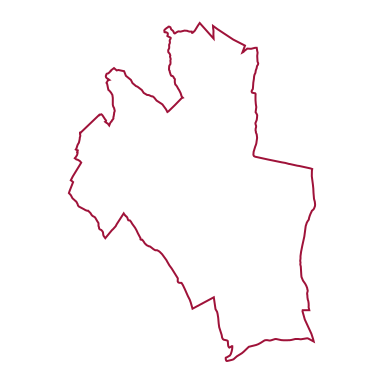 San José Teacalco, Tlaxcala, Mexico (Equal Earth projection)
{"feature_id": "50627088B31209482896746", "entity_name": "San José Teacalco", "entity_type": "district", "adm_level": 2, "iso_a3": "MEX", "parent_name": "Mexico", "parent_adm1": "Tlaxcala", "projection": "equal_earth", "projection_center": [-98.053, 19.323], "detail": "fine", "context": "isolated", "style": "outline", "palette": "rose", "viewbox_px": 384, "rotation_deg": 0, "n_neighbors": 0, "source": "geoboundaries", "source_scale": "gbopen_adm2", "svg_char_len": 5872}
<svg xmlns="http://www.w3.org/2000/svg" viewBox="0 0 384 384"><path d="M68.9,193.1L70.8,195.1L72.5,198.3L76.4,201.8L77.6,204.1L78.0,205.5L78.8,206.5L83.9,209.2L85.6,210.2L87.4,210.8L88.1,210.7L90.5,213.1L91.5,214.8L92.5,215.9L94.7,217.1L95.3,217.8L97.5,221.6L98.3,222.7L98.5,223.6L98.5,225.8L98.7,226.6L99.0,227.2L99.1,228.4L99.5,229.1L100.3,229.6L101.3,230.0L102.6,231.5L103.0,232.5L103.3,235.0L103.7,236.0L105.3,238.2L111.9,230.2L113.1,229.1L115.7,226.2L116.6,224.4L123.7,213.4L124.1,214.1L124.5,214.5L125.0,215.3L125.6,215.7L125.8,216.2L126.7,216.7L127.5,218.1L127.9,219.6L128.4,220.3L129.8,220.4L130.9,221.6L132.2,223.8L135.1,227.8L136.5,230.3L137.9,233.3L140.5,238.2L140.5,239.4L141.2,239.8L142.2,239.7L143.7,241.6L144.6,243.1L145.6,244.2L146.2,244.6L146.5,245.1L148.9,246.3L149.5,246.3L150.0,246.5L151.1,247.3L153.5,249.2L155.0,250.1L155.8,250.3L157.0,250.2L158.6,251.0L159.8,251.9L162.1,254.2L166.4,260.1L167.2,261.6L169.4,265.4L171.7,268.5L177.8,278.3L177.7,281.3L178.2,282.3L179.2,282.8L181.5,282.9L182.9,285.1L184.9,289.3L187.9,296.1L189.7,299.6L190.8,302.7L192.5,308.7L213.8,297.3L215.5,309.1L217.1,311.9L217.6,314.0L218.2,317.8L218.7,323.5L219.2,327.2L221.7,335.1L222.1,337.6L222.9,339.1L223.7,339.7L226.9,340.4L227.5,340.8L227.8,341.1L228.1,345.1L228.4,346.4L229.0,347.4L229.4,347.6L232.0,346.1L232.3,346.2L232.3,347.5L232.1,349.4L231.6,351.6L230.8,354.0L229.9,355.5L227.0,357.2L225.8,357.7L225.7,358.8L225.9,359.8L226.2,360.5L226.5,360.9L227.0,361.0L228.9,360.6L231.8,359.9L233.5,359.3L236.9,356.3L241.9,353.2L243.7,351.7L248.8,346.8L256.1,345.0L258.2,344.2L260.6,342.9L264.4,340.5L264.9,340.3L266.2,340.1L267.0,340.1L269.3,340.5L270.1,340.5L271.1,340.3L274.9,339.1L275.9,339.0L276.6,339.1L281.3,340.1L284.1,340.3L289.7,340.2L291.6,339.9L295.3,339.0L298.2,339.0L300.8,339.3L307.0,338.3L307.6,338.3L308.3,338.6L313.7,341.5L313.0,338.7L311.4,333.8L304.8,319.5L302.5,311.3L302.7,310.2L309.3,310.2L308.6,307.2L308.7,305.5L308.6,303.1L308.4,301.9L308.3,301.1L307.8,299.6L307.7,299.2L307.7,298.6L307.5,298.0L307.3,294.7L307.1,294.0L307.2,292.9L307.6,291.4L307.7,290.8L307.6,290.0L307.3,289.2L307.2,288.1L306.2,285.6L305.1,283.6L303.0,280.6L301.5,277.0L301.3,275.1L300.8,266.5L300.3,264.5L300.5,262.4L300.2,260.9L300.5,258.5L300.5,256.1L301.1,251.7L302.4,245.2L304.3,236.6L304.6,234.4L305.7,226.1L306.8,222.7L307.7,221.1L308.8,219.6L309.0,218.2L309.7,215.9L310.6,213.6L311.2,212.4L311.9,210.8L313.5,209.4L314.1,208.4L315.0,206.0L315.1,204.5L314.8,201.7L314.0,198.8L313.5,192.7L313.3,188.5L312.9,184.6L311.8,176.2L311.9,170.8L312.2,169.0L310.4,168.4L299.4,166.0L297.3,165.7L289.7,164.0L289.2,164.0L285.2,162.9L282.1,162.4L267.9,159.5L255.1,156.7L254.0,156.1L253.6,155.4L253.4,154.7L253.6,151.9L255.2,146.6L255.7,145.4L256.3,143.5L257.1,137.9L256.9,136.0L256.7,134.4L255.9,132.5L255.9,131.4L255.6,130.8L255.6,128.9L256.1,127.0L256.1,125.9L255.6,124.4L255.4,123.1L255.6,122.7L256.7,120.0L257.0,117.9L257.2,115.2L256.5,113.6L255.6,112.2L256.3,107.1L255.8,103.9L255.5,100.0L255.5,96.2L255.6,94.0L255.2,93.3L252.2,92.7L251.8,92.1L251.6,91.3L251.9,90.4L252.8,89.1L253.0,87.2L253.3,82.7L253.9,78.9L254.1,76.5L254.5,74.7L255.4,72.9L255.8,70.3L256.6,68.3L256.9,66.6L257.2,65.7L258.0,64.6L258.2,63.3L257.5,61.5L257.2,55.9L257.6,52.7L257.2,50.9L256.7,47.8L255.1,47.8L251.1,48.8L247.3,48.6L246.9,48.9L246.5,49.3L246.0,49.6L244.3,51.0L243.5,51.9L242.4,52.5L245.0,45.6L233.3,39.6L217.4,29.1L213.0,25.9L213.1,28.0L213.5,30.9L213.4,34.5L213.6,38.6L199.7,23.0L197.8,25.8L194.8,30.7L193.2,32.3L192.4,32.9L192.1,32.9L191.7,31.6L189.6,31.6L188.4,31.3L187.1,30.8L184.5,30.6L181.0,31.5L180.4,31.6L179.5,31.5L178.3,31.4L176.5,32.3L175.2,33.3L174.5,33.4L173.9,32.8L173.5,31.6L172.9,30.8L171.2,29.4L170.7,28.1L170.4,27.3L169.6,26.8L169.0,26.6L168.4,26.7L167.7,27.5L166.8,27.9L164.9,29.5L164.3,30.3L164.5,32.1L165.2,32.4L165.8,32.2L166.5,32.4L167.6,33.1L167.8,33.5L167.8,34.5L167.7,35.1L167.4,35.7L167.4,36.1L170.4,37.6L170.7,37.9L170.6,38.7L170.0,39.6L169.7,40.5L169.7,41.2L169.9,41.8L169.9,42.9L169.1,44.9L169.2,46.5L169.2,48.0L168.9,48.8L168.3,49.9L168.2,50.9L168.4,52.3L169.6,53.6L170.3,55.4L170.0,56.7L170.7,59.0L170.3,60.9L170.5,61.7L170.5,63.1L170.3,64.3L169.8,64.9L169.2,66.0L169.0,69.2L169.1,70.0L169.7,71.0L169.7,71.7L170.6,74.5L171.0,75.4L171.5,75.9L172.1,75.9L172.7,76.1L173.5,77.0L174.0,78.1L174.6,78.7L174.9,79.3L174.8,80.3L174.8,82.2L175.3,84.5L176.2,85.4L177.0,86.5L178.3,88.9L179.1,90.1L180.6,93.1L181.2,94.9L181.3,95.5L181.9,96.8L182.8,97.7L181.7,98.1L174.7,105.3L168.5,111.3L167.4,112.0L166.0,109.3L162.4,104.4L161.1,103.5L156.6,100.6L154.1,97.5L152.7,96.4L151.5,96.3L148.9,95.1L147.0,94.9L143.7,92.9L141.8,90.0L137.5,86.7L136.0,86.1L132.5,83.1L130.9,79.9L125.9,75.8L124.1,71.2L118.4,70.0L116.7,70.4L114.0,68.1L111.5,70.0L110.7,70.7L110.8,71.0L108.6,73.1L107.9,73.5L107.4,73.5L106.9,73.7L106.4,74.2L106.2,74.7L106.2,75.1L105.9,75.7L105.8,76.3L106.1,77.4L106.9,78.3L108.4,79.2L109.3,79.9L108.4,80.1L107.9,80.4L107.1,81.9L106.6,82.5L106.5,82.9L107.1,83.8L107.5,85.6L107.8,87.2L108.4,89.9L109.3,90.6L111.0,92.6L112.4,95.0L112.8,98.0L112.8,104.7L113.2,106.4L114.2,108.3L114.3,109.2L114.7,110.4L114.6,111.6L114.2,112.4L114.0,114.4L113.8,115.1L113.8,115.8L113.4,117.1L113.4,118.6L112.7,119.7L112.1,120.2L111.6,121.4L111.2,121.6L110.2,123.0L109.2,125.5L107.7,123.5L106.7,123.0L105.2,121.8L105.8,121.4L106.1,120.8L105.6,119.9L105.0,119.2L103.0,116.1L102.2,115.0L101.4,114.3L100.3,114.6L99.4,115.2L99.2,114.9L81.2,132.1L80.2,132.4L80.0,132.6L80.0,133.0L80.3,133.4L80.0,133.8L80.1,134.6L80.3,135.2L80.2,136.4L79.8,137.6L79.7,139.0L79.4,140.5L78.9,142.7L78.3,143.6L77.5,145.1L76.4,148.6L75.8,149.5L76.7,150.0L77.8,150.4L77.7,151.1L77.2,151.7L77.1,152.5L77.6,152.8L77.3,154.2L77.1,154.9L76.0,156.8L74.8,158.2L76.3,159.4L77.8,159.8L79.8,161.0L81.2,162.6L80.4,164.0L72.8,176.4L70.8,180.3L71.6,180.8L73.1,182.1L69.7,190.7L68.9,193.1Z" fill="none" stroke="#9f1239" stroke-width="2"/></svg>